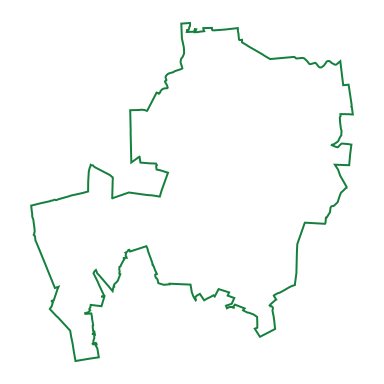 outline of Deleni, Constanta, Romania
{"feature_id": "2599482B62281823725269", "entity_name": "Deleni", "entity_type": "district", "adm_level": 2, "iso_a3": "ROU", "parent_name": "Romania", "parent_adm1": "Constanta", "projection": "natural_earth1", "projection_center": [28.022, 44.057], "detail": "fine", "context": "isolated", "style": "outline", "palette": "green", "viewbox_px": 384, "rotation_deg": 0, "n_neighbors": 0, "source": "geoboundaries", "source_scale": "gbopen_adm2", "svg_char_len": 5858}
<svg xmlns="http://www.w3.org/2000/svg" viewBox="0 0 384 384"><path d="M35.5,240.8L35.8,241.1L37.8,245.9L44.6,262.5L54.9,288.0L58.5,286.8L57.7,288.6L53.7,300.5L53.3,300.4L52.6,300.5L51.8,300.8L51.7,301.2L52.9,302.5L52.4,303.2L52.5,303.6L51.8,305.9L51.3,307.1L50.9,307.3L49.8,309.0L56.8,316.5L57.7,317.1L70.2,330.7L71.1,336.4L72.6,343.6L73.9,352.0L75.5,361.0L90.6,358.5L98.8,357.3L97.8,351.1L97.2,348.0L95.3,344.9L95.4,344.7L96.6,344.5L96.5,343.8L96.1,343.1L95.8,342.9L94.3,343.2L93.2,344.3L92.6,343.8L93.3,342.9L93.5,340.3L94.3,338.0L94.2,335.6L95.0,335.0L94.7,333.7L92.8,334.0L92.8,333.6L93.0,333.4L93.7,333.2L94.0,332.9L94.5,332.7L94.3,331.5L93.5,331.7L93.2,330.9L93.0,330.3L93.0,329.5L92.8,327.9L92.7,325.6L93.2,325.3L93.2,325.2L92.2,319.5L91.9,316.6L91.3,313.4L91.1,313.3L90.8,313.3L89.3,313.7L88.0,313.7L85.4,313.9L85.1,313.2L88.2,312.3L90.2,310.3L89.3,309.0L90.4,307.2L90.7,304.9L101.5,306.2L104.4,296.5L102.0,296.7L102.0,296.4L104.1,295.6L99.1,285.1L97.8,281.9L93.5,273.3L94.5,271.3L95.9,270.0L96.7,271.8L96.9,272.7L97.3,273.4L99.9,276.1L101.6,278.2L103.2,279.9L103.9,280.9L105.1,282.2L106.1,283.5L108.5,286.1L109.8,287.8L112.6,291.1L113.3,287.6L114.1,286.9L113.7,286.6L113.6,286.2L113.7,285.9L114.1,285.5L114.2,284.7L114.3,284.3L117.0,281.7L117.5,281.1L118.2,280.0L118.6,278.4L119.3,276.9L119.6,275.9L120.3,274.2L119.7,274.0L119.3,273.7L119.2,273.4L119.7,271.8L119.3,269.6L119.4,266.9L120.6,266.3L120.9,265.2L123.4,260.5L124.2,259.5L124.3,259.2L124.2,258.9L123.8,258.6L123.8,258.0L125.4,257.8L125.7,257.6L126.6,257.8L126.4,256.9L126.0,256.3L125.7,255.7L125.8,254.8L126.0,253.5L125.8,253.0L125.5,252.7L126.9,251.9L128.2,250.7L128.4,250.0L129.3,249.8L130.1,251.5L146.4,246.2L147.5,248.7L147.8,249.6L147.7,250.2L152.0,262.0L152.3,263.2L152.8,264.5L152.5,264.8L152.7,265.2L153.1,265.3L153.8,266.6L155.0,270.0L156.9,274.0L155.2,274.6L155.3,276.1L155.5,277.0L155.8,277.5L156.4,278.3L156.6,278.3L157.2,278.9L157.4,279.3L158.4,283.2L163.8,284.8L169.7,284.3L169.6,283.7L190.5,284.6L191.5,290.3L191.7,291.9L193.1,295.8L194.1,297.8L195.7,300.4L195.8,300.3L195.9,299.8L195.6,298.7L195.2,297.7L195.2,297.3L196.0,296.4L196.8,295.6L199.9,293.9L204.2,300.3L207.3,298.5L210.0,297.2L213.5,295.3L214.7,296.5L218.6,289.1L229.1,292.4L227.7,295.6L234.3,298.0L231.7,303.8L226.0,305.7L227.0,308.3L229.1,307.1L233.1,306.9L233.2,307.7L233.8,307.7L233.6,306.4L234.9,304.6L244.6,308.4L243.2,309.9L243.0,310.3L247.5,312.6L248.9,312.7L253.6,314.5L257.1,316.9L257.3,323.3L257.3,327.7L254.8,328.7L259.9,336.8L260.0,336.8L275.1,329.0L274.2,320.5L273.6,316.3L272.5,310.9L272.5,310.3L272.8,309.4L272.9,307.6L271.6,306.2L270.4,306.3L270.2,305.4L269.8,305.3L270.2,304.7L271.2,303.7L275.7,299.8L276.2,299.6L273.8,295.7L274.5,295.0L277.6,293.3L279.9,292.6L281.4,291.8L285.3,289.6L289.2,287.3L291.5,286.2L294.9,285.0L295.0,283.6L296.4,273.1L296.9,252.2L297.3,244.1L304.7,223.0L304.9,222.7L305.4,222.7L325.0,223.8L325.2,223.5L325.5,222.8L325.9,217.7L326.5,217.7L326.9,217.4L327.1,216.7L328.0,215.6L328.1,215.2L330.0,212.3L330.5,207.8L331.0,206.8L331.4,206.4L331.9,206.2L333.3,206.0L333.9,205.8L337.5,202.4L337.9,201.5L339.1,197.6L340.7,193.3L341.0,192.6L342.4,191.5L345.8,188.1L346.6,187.8L346.5,186.7L340.2,175.7L338.1,169.7L334.9,164.7L349.2,165.2L350.1,154.7L351.4,144.6L350.1,144.5L349.2,144.2L342.8,143.6L341.6,143.6L340.5,144.5L338.0,147.1L337.7,147.3L335.7,146.8L331.7,145.1L331.9,144.7L333.3,144.5L333.8,144.3L337.1,142.1L338.3,141.0L339.7,137.8L340.9,135.8L341.3,135.4L341.4,132.5L341.6,131.2L340.9,128.6L340.1,122.4L339.8,117.3L340.0,116.9L340.5,116.4L340.4,114.1L348.3,114.2L352.8,114.5L351.9,107.4L351.7,107.0L351.3,106.7L351.6,106.1L351.7,105.2L348.6,84.7L343.2,85.2L340.3,61.2L336.8,64.2L336.1,64.6L335.5,64.7L334.7,64.6L331.8,63.0L329.9,61.4L329.3,61.1L328.7,61.0L327.4,61.2L326.7,61.6L323.9,65.6L321.5,67.3L320.5,67.5L319.6,67.3L319.1,67.1L318.3,66.2L316.4,63.8L315.9,63.2L315.2,62.8L310.7,64.1L309.7,64.1L309.2,63.8L307.2,61.2L304.3,58.4L302.6,57.9L296.3,58.5L295.1,57.5L294.2,56.9L270.7,59.0L270.2,59.1L265.2,56.2L262.0,54.1L250.3,47.4L242.0,42.3L242.1,40.7L242.0,39.8L239.8,40.1L239.3,39.9L239.0,39.5L238.5,34.6L238.5,33.5L238.2,32.6L237.9,31.0L237.8,28.1L224.3,29.6L214.8,30.3L212.8,30.3L212.3,30.0L212.0,29.6L211.9,29.2L211.9,27.9L203.3,28.1L203.4,29.1L204.2,31.2L199.7,31.7L199.0,31.9L197.7,32.1L194.9,32.2L196.2,29.3L194.9,29.1L194.1,31.7L186.8,32.0L187.1,30.0L188.1,29.9L188.7,29.7L189.3,27.2L189.9,26.3L190.1,24.3L190.0,23.0L181.3,23.6L181.9,38.4L183.8,47.2L184.0,49.7L184.1,52.7L184.0,53.7L182.6,57.0L181.2,58.7L180.6,61.5L180.7,63.0L182.1,67.0L182.3,68.4L181.5,68.9L179.4,69.7L174.9,71.1L173.3,72.2L170.6,72.9L169.0,73.4L167.9,74.0L167.0,74.7L165.8,76.3L165.6,76.9L165.6,77.6L165.8,78.3L166.0,79.1L166.4,79.9L166.4,80.2L166.2,80.5L165.2,81.1L165.0,81.5L165.2,82.2L167.0,85.3L167.7,87.6L167.6,87.9L167.3,88.1L166.5,88.3L164.7,88.3L163.2,88.8L162.5,89.1L160.9,90.6L160.5,91.1L160.2,92.4L159.7,92.9L158.9,93.0L159.0,93.2L159.2,93.4L159.1,93.6L158.6,93.7L157.8,93.0L156.6,92.6L147.2,110.8L146.7,110.8L144.4,110.0L141.8,109.7L138.9,110.0L130.2,110.2L130.7,130.9L130.6,131.2L131.3,162.5L139.4,156.7L139.6,156.9L140.0,160.1L140.5,162.6L150.5,163.4L152.0,163.4L156.0,163.6L156.9,165.1L156.1,166.1L156.6,169.5L160.6,170.4L168.0,172.7L161.5,190.8L159.8,196.6L151.8,195.3L147.7,195.1L128.9,192.5L123.3,194.4L122.2,194.9L119.9,195.6L112.3,198.3L112.2,198.2L112.8,177.5L109.8,175.0L95.4,167.5L94.3,166.8L92.8,165.3L91.6,165.3L90.7,164.8L90.2,166.9L89.7,167.8L88.8,171.5L88.2,181.5L88.1,191.5L82.2,193.1L70.8,195.6L68.6,196.4L58.6,199.2L56.7,200.0L55.9,200.1L55.2,199.8L54.8,199.7L54.0,199.9L52.5,200.5L50.6,200.8L50.3,201.1L40.9,203.2L31.2,205.6L31.8,211.5L32.2,213.5L32.2,216.0L32.5,217.5L33.3,219.5L34.5,228.8L34.7,231.8L34.4,232.4L34.3,233.0L34.3,233.9L33.8,234.4L33.7,234.8L33.9,235.2L34.8,236.0L35.0,236.5L35.5,240.8Z" fill="none" stroke="#15803d" stroke-width="2"/></svg>